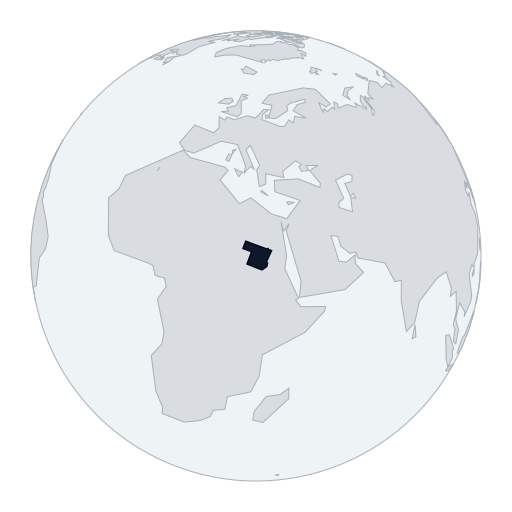 Northern highlighted on a globe, orthographic projection, rotated 20°
{"feature_id": "SDN-878", "entity_name": "Northern", "entity_type": "State", "adm_level": 1, "iso_a3": "SDN", "parent_name": "Sudan", "parent_adm1": "", "projection": "orthographic", "projection_center": [29.004, 19.383], "detail": "fine", "context": "on_globe", "style": "filled", "palette": "ink", "viewbox_px": 512, "rotation_deg": 20, "n_neighbors": 0, "source": "natural_earth", "source_scale": "10m", "svg_char_len": 10574}
<svg xmlns="http://www.w3.org/2000/svg" viewBox="0 0 512 512"><g transform="rotate(20 256 256)"><circle cx="256" cy="256" r="225" fill="#eef3f6" stroke="#a8b0b8"/><path d="M268.5,31.1L263.0,30.9L251.3,30.8L268.5,31.1ZM231.6,32.0L226.8,32.7L197.9,38.5L200.3,38.1L190.8,41.0L190.0,41.9L184.9,43.4L188.7,42.9L193.5,41.4L196.8,40.9L196.8,41.5L190.2,43.2L189.3,43.2L187.4,44.0L184.1,44.8L185.7,44.7L177.8,47.2L185.5,45.8L179.1,48.6L173.9,50.1L174.6,48.6L164.4,50.4L159.3,52.5L151.4,56.5L136.0,66.1L130.4,69.5L122.5,75.2L125.5,73.5L132.7,68.7L136.3,67.7L144.7,62.6L147.4,61.7L156.0,57.6L154.4,59.9L148.2,64.6L141.0,68.4L138.1,70.8L144.7,69.0L131.1,78.5L121.8,89.8L118.4,92.5L111.9,93.4L112.5,88.2L104.2,92.1L109.3,91.6L100.5,99.4L98.9,101.8L99.2,103.0L102.4,101.0L99.3,104.4L93.2,105.5L95.9,102.3L97.8,101.8L98.0,99.7L93.8,101.7L89.7,106.1L87.7,106.4L84.7,109.8L82.7,112.1L87.5,106.5L79.8,115.7L90.3,103.4L101.7,91.9L113.8,81.2L126.7,71.5L140.3,62.7L154.5,54.9L169.1,48.1L184.3,42.4L199.8,37.8L215.6,34.4L231.6,32.0ZM35.1,211.8L34.7,215.4L34.2,217.5L32.4,238.9L34.5,253.0L35.0,263.8L34.3,268.5L36.0,272.9L36.0,276.7L46.0,293.4L54.0,308.6L55.8,321.4L53.0,331.7L59.7,359.2L57.2,361.1L62.7,371.7L63.8,373.5L55.6,358.8L48.5,343.6L42.5,327.9L37.7,311.8L34.2,295.4L31.9,278.7L30.8,262.0L31.0,245.2L32.4,228.4L35.1,211.8ZM156.3,56.7L156.1,57.1L154.6,57.6L156.3,56.7ZM160.1,54.7L158.5,55.0L160.1,54.1L161.1,53.9L160.1,54.7ZM161.8,54.6L163.1,52.5L166.0,51.0L172.0,49.3L161.8,54.6ZM296.8,34.4L295.2,34.2L294.4,34.0L296.8,34.4ZM195.1,40.8L189.9,42.3L194.2,40.6L195.1,40.8ZM197.0,39.9L205.6,36.6L213.2,35.0L208.8,36.2L218.7,34.3L218.2,35.0L212.6,36.3L207.8,37.0L211.3,36.9L197.0,39.9ZM290.3,33.5L288.4,33.3L290.3,33.5ZM198.5,40.5L199.5,39.8L206.2,38.3L205.3,39.6L203.4,39.6L198.5,40.5ZM221.5,33.6L226.3,33.0L227.2,33.3L229.2,33.2L218.8,34.9L221.5,33.6ZM201.9,40.2L204.6,40.3L201.5,41.6L197.9,41.2L201.9,40.2ZM208.3,37.5L211.4,37.0L209.4,37.6L208.3,37.5ZM191.8,47.2L192.9,45.9L196.5,44.9L191.8,47.2ZM205.9,40.3L207.0,39.8L208.5,39.4L209.6,39.8L205.9,40.3ZM220.2,35.3L219.5,35.7L224.5,34.6L225.3,35.2L218.2,36.3L221.7,36.1L222.0,36.3L215.9,37.1L220.2,35.3ZM215.4,39.1L206.7,41.4L203.8,43.7L200.5,44.5L205.7,40.7L215.4,39.1ZM216.2,37.8L214.9,38.7L211.5,39.0L210.3,38.6L216.2,37.8ZM228.5,35.3L229.0,34.0L230.5,33.9L228.5,35.3ZM215.2,39.6L217.3,39.1L215.4,39.8L215.2,39.6ZM225.2,36.4L225.1,35.9L226.9,35.7L225.2,36.4ZM221.6,38.7L218.8,39.3L217.8,38.9L221.6,38.7ZM223.8,37.6L226.2,37.5L219.2,38.4L223.5,37.3L223.8,37.6ZM226.8,36.3L227.8,36.1L226.6,36.6L226.8,36.3ZM226.8,40.0L218.2,41.4L216.1,40.4L224.7,39.2L226.8,40.0ZM337.7,46.1L337.3,45.9L341.2,47.5L348.7,50.7L349.4,51.0L362.5,58.6L381.0,70.5L379.1,68.1L383.6,70.6L402.9,85.3L427.3,111.6L433.4,117.9L437.5,123.1L440.3,127.9L434.5,120.2L432.4,119.0L428.6,114.3L431.2,120.5L426.0,114.1L430.5,122.6L434.8,126.9L434.5,123.3L440.7,134.2L447.4,141.1L454.3,152.4L463.4,177.5L463.6,188.4L464.9,192.6L461.8,190.0L462.5,200.2L472.0,218.9L473.4,225.5L472.3,241.9L471.4,237.1L463.3,230.3L465.2,246.9L471.5,256.1L473.8,270.3L470.5,268.4L467.8,256.2L464.8,253.3L463.2,239.2L456.1,220.7L452.5,227.4L450.4,219.2L440.1,205.7L433.7,215.0L425.1,242.7L427.9,264.2L423.2,275.6L407.9,248.7L400.8,229.0L395.4,232.6L379.5,218.4L352.5,223.0L348.5,218.1L343.5,221.5L332.3,217.7L326.2,209.6L319.4,211.1L335.7,232.5L342.9,231.0L348.7,221.0L351.9,229.0L362.7,234.7L351.2,257.1L311.0,280.1L306.9,264.2L275.5,221.7L276.4,216.6L276.2,216.1L275.8,215.1L273.1,223.4L267.7,215.0L284.6,245.1L287.5,258.2L310.4,281.2L308.3,283.9L315.6,288.3L338.9,279.5L339.1,284.9L328.2,311.0L295.8,346.7L300.0,367.7L297.6,385.4L277.4,397.9L279.1,410.7L268.6,415.5L268.0,422.5L259.5,429.9L245.5,436.6L221.6,436.1L220.1,430.1L208.2,417.4L191.6,385.3L197.6,370.8L195.5,358.8L178.2,330.3L182.0,315.1L177.4,308.1L167.8,308.8L162.5,300.3L156.7,299.5L120.9,299.4L110.1,286.9L97.6,251.6L104.2,240.1L105.7,225.0L151.3,181.5L160.7,185.9L196.2,183.1L200.6,185.3L196.1,196.7L222.5,212.5L231.4,203.0L255.7,211.1L272.1,210.5L278.5,188.7L251.7,189.1L247.4,178.6L269.2,169.1L292.6,169.7L291.7,165.7L277.2,157.3L282.9,149.9L272.2,153.8L276.3,157.8L269.7,160.7L265.5,157.3L267.7,154.6L260.7,153.0L252.1,167.3L255.4,172.8L236.9,175.4L240.6,185.1L235.4,189.6L227.3,175.0L228.4,169.6L213.0,154.0L210.3,159.6L224.6,175.1L220.0,173.8L216.4,182.6L215.5,174.9L200.6,157.6L184.1,160.0L162.5,180.4L153.0,181.2L145.3,175.7L153.7,153.8L174.1,154.7L177.3,148.0L173.7,137.5L180.2,139.0L181.2,135.2L188.9,135.4L200.3,127.0L208.3,126.6L213.2,115.6L218.0,114.2L213.7,120.9L214.9,125.8L234.7,126.1L238.7,123.8L240.3,116.9L245.6,118.3L244.6,111.6L256.2,109.3L241.3,106.9L242.8,99.8L250.0,94.6L247.9,92.1L236.0,100.7L233.7,104.6L236.1,108.5L227.5,120.2L220.6,122.0L219.4,108.9L209.5,110.4L212.9,100.5L242.7,82.0L254.9,79.0L274.0,87.8L270.9,91.9L262.5,90.5L269.8,97.9L269.5,94.3L273.8,95.8L276.4,90.2L279.6,91.1L276.5,84.6L280.7,85.1L282.6,89.1L290.0,82.3L298.9,82.3L299.0,80.4L296.6,78.4L309.5,80.4L309.0,78.9L304.6,77.7L300.8,74.3L299.1,69.2L303.6,70.1L304.8,72.1L314.3,78.0L316.9,83.6L318.6,83.5L317.4,78.9L305.9,71.6L303.6,68.4L309.5,71.2L307.2,69.9L307.4,68.7L312.0,68.4L305.6,65.2L302.4,52.4L310.9,51.5L316.6,54.9L319.1,49.2L328.4,50.1L324.4,48.7L322.8,46.0L319.9,45.6L317.8,44.9L312.6,39.5L314.9,39.5L308.0,37.0L305.9,36.5L303.8,36.3L295.2,34.2L296.8,34.4L317.5,39.3L337.7,46.1ZM135.4,205.3L134.1,209.7L134.1,209.8L135.4,205.3ZM317.6,182.0L331.6,181.5L325.0,168.6L329.9,167.6L325.9,163.8L324.5,167.7L314.7,157.5L320.6,153.1L318.8,147.6L314.0,147.6L304.7,157.5L318.7,171.8L315.6,177.6L317.6,182.0ZM34.7,215.4L34.2,218.8L34.2,217.5L34.7,215.4ZM43.6,181.0L42.7,183.8L42.9,182.9L43.6,181.0ZM100.9,99.3L101.2,99.3L100.8,101.1L99.5,101.5L100.9,99.3ZM108.0,103.0L102.8,108.5L105.6,104.6L102.8,105.9L105.0,99.7L116.7,93.5L111.0,97.2L108.0,103.0ZM111.3,90.6L108.5,94.7L111.1,90.5L111.3,90.6ZM179.3,116.0L181.7,118.5L178.4,122.6L168.4,124.9L173.0,118.7L179.3,116.0ZM185.9,121.4L187.5,108.8L193.8,107.5L190.0,110.3L194.0,110.7L189.0,115.3L193.4,127.1L190.8,131.6L173.7,132.2L180.7,129.2L177.9,126.6L185.9,121.4ZM180.6,84.8L181.4,80.9L194.0,82.8L191.8,86.3L181.7,88.3L178.3,85.4L180.6,84.8ZM172.2,52.7L171.7,52.2L173.5,51.6L175.5,51.5L172.2,52.7ZM192.1,46.6L176.4,54.6L175.0,54.3L167.5,60.1L160.9,61.8L166.0,57.8L155.3,63.8L157.3,60.9L150.4,65.3L162.4,56.3L163.8,54.4L164.8,55.7L170.8,54.1L173.8,52.9L183.3,48.3L189.1,44.1L196.0,42.5L199.3,42.4L199.0,43.2L194.6,43.9L197.3,44.4L190.7,46.0L192.1,46.6ZM234.2,51.3L229.3,50.4L233.5,54.5L227.0,55.0L227.9,55.4L223.0,57.2L218.6,60.3L215.7,60.2L215.3,61.5L212.0,63.0L210.4,64.9L204.6,65.5L202.2,68.0L200.8,66.9L198.2,71.1L197.6,68.4L193.3,70.4L196.2,72.0L168.8,73.9L157.8,77.9L149.0,83.1L149.0,78.4L157.3,71.0L169.3,63.7L179.9,60.9L178.0,59.7L182.5,58.1L182.1,59.7L185.4,56.4L189.0,55.7L199.7,51.0L202.2,47.4L206.2,45.9L207.0,47.0L210.4,44.8L214.7,46.0L217.6,45.1L224.8,45.7L224.7,48.8L228.0,47.6L233.6,48.4L234.2,51.3ZM228.7,40.2L230.0,43.2L227.1,45.1L215.9,43.4L212.6,44.0L205.3,43.7L209.7,41.0L211.4,41.3L214.0,41.0L211.6,41.9L215.5,41.0L218.0,41.5L221.7,41.0L221.1,42.0L228.7,40.2ZM205.9,181.2L209.3,181.9L214.7,181.6L212.6,187.5L205.9,181.2ZM195.5,169.5L198.6,168.9L198.2,176.4L194.6,176.0L195.5,169.5ZM200.7,162.5L198.8,168.3L197.7,164.9L200.7,162.5ZM216.6,120.2L220.0,119.5L220.3,121.2L218.2,123.6L216.6,120.2ZM245.4,65.8L243.1,64.4L244.2,63.7L243.1,59.7L247.9,59.3L250.4,61.6L245.4,65.8ZM273.8,192.5L268.9,196.8L266.5,194.9L268.6,193.7L273.8,192.5ZM239.1,192.4L246.9,195.3L238.4,194.0L239.1,192.4ZM250.4,64.7L249.5,63.0L252.5,63.9L250.4,64.7ZM251.3,58.9L254.9,59.6L248.4,58.8L251.3,58.9ZM351.6,453.4L352.1,454.4L349.0,455.4L351.6,453.4ZM335.6,378.9L319.4,410.1L309.0,411.2L307.4,403.0L313.6,384.5L325.9,378.1L332.0,369.0L335.6,378.9ZM478.5,291.2L475.3,298.5L473.4,298.9L474.4,294.5L477.5,290.6L478.5,291.2ZM474.2,294.6L470.5,289.0L461.3,265.6L464.7,263.9L473.4,275.2L473.0,278.7L475.3,284.0L474.2,294.6ZM481.0,264.7L480.4,274.6L479.2,277.9L478.3,278.3L477.8,267.5L478.2,260.7L479.1,259.3L479.5,232.8L480.3,235.7L480.8,246.2L481.3,252.7L481.0,264.7ZM428.9,266.0L433.9,277.1L431.0,280.4L428.9,266.0ZM477.5,216.2L478.8,227.4L476.9,213.5L477.5,216.2ZM475.0,203.9L476.0,208.2L475.0,204.8L475.0,203.9ZM467.0,198.6L466.2,201.3L465.1,198.2L465.4,193.1L467.0,198.6ZM459.5,162.3L463.5,171.1L464.8,174.4L462.5,169.8L459.5,162.3ZM289.9,63.4L286.0,69.0L286.4,73.7L291.5,77.1L282.6,75.2L282.0,67.9L289.9,63.4ZM300.4,53.4L295.8,51.2L298.8,51.0L300.3,51.5L300.4,53.4ZM296.9,52.9L289.4,52.4L287.5,50.4L293.8,51.1L296.9,52.9ZM269.9,57.4L268.5,59.0L266.1,58.1L269.9,57.4ZM477.6,215.6L477.7,215.8L477.6,215.3L477.6,215.6ZM477.2,213.6L476.2,208.5L476.1,208.1L477.2,213.6ZM475.0,203.3L474.6,203.0L469.5,186.4L469.3,184.6L473.3,197.4L474.8,202.4L475.0,203.3ZM436.8,121.7L438.9,124.6L439.8,125.7L445.0,133.5L441.2,128.1L434.4,118.5L433.6,117.4L436.8,121.7ZM395.3,79.0L380.2,68.4L376.2,65.8L386.0,72.0L395.3,79.0ZM292.8,34.0L290.6,33.7L291.9,33.8L292.8,34.0ZM316.2,44.8L313.6,43.7L315.2,43.6L316.2,44.8ZM307.2,41.0L307.3,41.8L305.3,40.5L307.2,41.0ZM307.9,44.1L306.4,42.0L310.5,44.6L307.9,44.1Z" fill="#d9dde1" stroke="#a8b0b8" stroke-width="1"/><path d="M264.9,245.7L265.1,245.7L265.5,245.7L265.9,245.7L266.3,245.6L266.7,245.6L267.0,245.6L267.4,245.6L267.8,245.6L268.2,245.6L268.5,245.6L268.8,245.6L267.8,257.7L267.8,257.8L269.3,258.6L269.3,260.3L269.7,261.3L269.7,261.5L269.8,261.8L269.4,262.6L266.7,266.6L265.8,267.1L265.3,266.9L265.1,266.9L263.8,267.0L250.3,266.6L250.4,253.5L241.2,253.4L241.2,252.9L241.2,252.6L241.2,252.2L241.2,251.8L241.2,251.4L241.2,250.9L241.2,250.5L241.2,250.0L241.2,249.5L241.3,249.0L241.3,248.5L241.3,248.0L241.3,247.5L241.3,247.0L241.3,246.5L241.3,246.0L241.3,245.6L241.7,245.6L242.1,245.6L242.4,245.6L242.8,245.6L243.1,245.6L243.5,245.6L243.8,245.6L244.2,245.6L244.5,245.6L244.9,245.6L245.2,245.6L245.6,245.6L246.0,245.7L246.3,245.7L246.7,245.7L247.0,245.7L247.4,245.7L247.7,245.7L248.1,245.7L248.4,245.7L248.8,245.7L249.1,245.7L249.5,245.7L249.9,245.7L250.2,245.7L250.6,245.7L250.9,245.7L251.3,245.7L251.6,245.7L252.0,245.7L252.3,245.7L252.7,245.7L253.0,245.7L253.4,245.7L253.8,245.7L254.1,245.7L254.5,245.7L254.8,245.7L255.2,245.7L255.5,245.7L255.9,245.7L256.2,245.7L256.6,245.7L256.9,245.7L257.3,245.7L257.7,245.7L258.0,245.7L258.4,245.7L258.7,245.7L259.1,245.7L259.4,245.7L259.8,245.7L260.1,245.7L260.5,245.7L260.8,245.7L261.2,245.7L261.6,245.7L261.9,245.7L262.3,245.7L262.6,245.7L263.0,245.7L263.3,245.7L263.7,245.7L264.0,245.7L264.4,245.3L264.6,244.9L264.8,244.8L265.0,244.9L265.1,245.0L265.0,245.3L264.9,245.7Z" fill="#0f172a" stroke="#020617" stroke-width="1.5"/></g></svg>